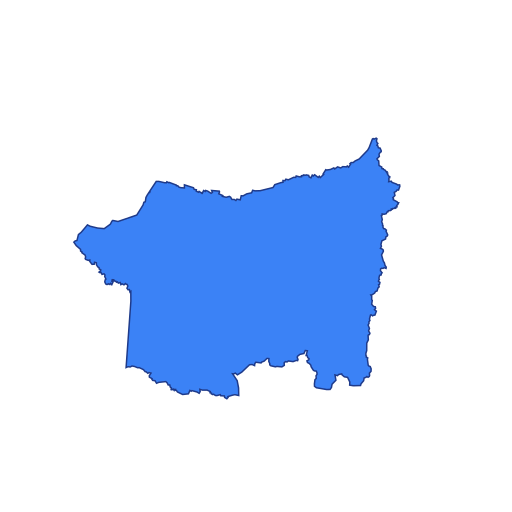 the district of Banphot Phisai, Nakhon Sawan, Thailand, rotated 33°
{"feature_id": "78962969B36758461093431", "entity_name": "Banphot Phisai", "entity_type": "district", "adm_level": 2, "iso_a3": "THA", "parent_name": "Thailand", "parent_adm1": "Nakhon Sawan", "projection": "albers", "projection_center": [100.023, 16.015], "detail": "fine", "context": "isolated", "style": "filled", "palette": "blue", "viewbox_px": 512, "rotation_deg": 33, "n_neighbors": 0, "source": "geoboundaries", "source_scale": "gbopen_adm2", "svg_char_len": 6150}
<svg xmlns="http://www.w3.org/2000/svg" viewBox="0 0 512 512"><g transform="rotate(33 256 256)"><path d="M371.8,195.6L371.3,194.4L369.3,193.6L367.4,191.8L365.6,191.0L360.7,186.7L360.3,182.8L359.5,181.7L358.3,181.4L356.2,181.8L355.9,179.5L354.5,178.3L353.3,174.7L355.4,171.2L354.5,169.3L355.2,167.8L355.0,166.6L351.6,164.4L351.3,163.3L349.1,163.0L348.2,163.5L347.0,162.9L346.0,161.4L345.5,161.5L344.7,160.2L342.7,158.8L342.1,156.7L339.1,153.8L339.5,152.9L338.9,152.0L340.6,151.3L342.1,149.7L342.0,147.4L342.6,147.1L342.3,145.9L343.9,144.8L344.4,143.8L343.9,142.8L344.9,142.5L344.8,141.7L345.8,141.1L346.3,139.6L346.9,140.0L347.2,139.6L346.8,138.7L347.5,137.9L346.5,137.0L346.9,135.5L346.6,133.7L345.9,134.2L345.1,133.7L340.4,134.0L340.0,133.0L339.0,132.6L339.6,129.6L337.3,127.3L338.3,125.5L338.4,123.7L339.6,123.1L338.7,119.2L337.7,118.1L336.0,119.3L334.8,119.1L330.0,120.2L328.7,119.6L326.8,121.4L326.0,119.5L325.4,119.2L325.0,118.1L325.5,117.6L325.0,116.6L324.1,116.8L321.7,115.7L321.3,114.7L320.4,114.9L320.0,114.0L319.3,114.4L317.8,113.7L315.8,113.9L315.3,113.5L314.0,114.1L313.0,112.9L309.9,113.1L307.1,109.4L305.3,109.2L304.5,108.6L305.2,105.3L303.7,103.6L303.7,101.5L304.2,100.4L303.8,99.6L301.3,97.9L299.7,98.6L298.2,97.3L297.1,97.3L296.9,95.2L295.7,95.0L294.3,93.9L293.6,91.8L292.6,91.7L291.3,93.7L290.3,93.7L289.9,94.5L291.8,103.3L292.0,106.4L289.7,118.4L287.3,122.4L286.6,124.7L284.9,125.8L284.5,127.4L285.3,127.5L285.3,131.1L283.5,130.8L283.4,131.9L280.1,133.8L279.1,136.0L275.9,136.8L274.6,140.1L273.3,139.7L271.3,142.9L268.3,145.5L267.5,145.6L267.6,150.7L268.3,150.8L267.2,155.2L265.6,154.6L265.4,156.2L260.9,155.9L260.4,157.7L259.1,157.5L259.5,160.5L257.5,160.7L256.3,159.7L254.0,160.6L253.8,161.1L251.8,162.1L252.1,162.5L250.4,163.9L251.0,164.7L249.4,165.9L246.1,167.0L246.5,168.5L244.8,169.4L241.6,174.5L239.2,175.3L239.3,177.0L237.5,178.0L238.5,179.5L237.0,180.8L232.9,185.9L233.0,189.3L223.9,199.0L219.7,201.9L217.4,202.7L217.9,205.4L214.4,208.9L212.4,212.6L210.8,213.5L212.2,217.5L209.0,218.7L208.9,220.4L207.0,220.4L205.0,221.7L202.7,220.5L201.2,220.5L199.0,223.0L195.3,224.3L195.2,223.4L190.9,224.1L190.5,222.1L189.9,221.6L183.1,225.2L184.8,226.4L184.2,227.9L180.1,227.9L178.0,228.5L178.2,229.5L176.4,229.6L176.8,232.4L176.4,232.3L176.4,232.9L173.1,232.8L173.1,233.8L170.6,234.2L169.9,232.9L167.9,233.8L166.4,232.8L157.2,235.3L158.9,237.9L155.8,239.6L154.1,240.2L152.2,239.7L151.0,240.4L150.6,239.9L143.3,241.5L143.0,242.0L140.8,242.3L141.0,243.3L139.5,244.3L133.8,246.4L131.7,247.8L131.6,259.7L132.1,259.8L132.2,260.8L131.6,261.0L131.6,264.1L131.8,266.8L133.6,270.8L132.7,272.0L133.5,274.7L133.7,286.6L121.5,302.2L116.5,304.2L116.2,305.3L116.5,308.7L113.8,315.7L108.0,318.8L100.6,321.4L97.7,321.7L96.5,331.3L95.4,334.7L97.4,340.5L96.1,341.9L95.7,343.6L99.6,345.2L105.2,346.0L106.2,347.4L107.9,347.4L108.2,348.1L112.1,348.3L113.6,349.5L114.2,351.3L115.0,351.6L117.8,351.0L118.8,349.9L119.6,351.1L123.0,352.3L124.8,351.0L124.0,349.2L125.8,348.6L126.9,350.2L129.2,351.3L130.8,351.3L131.6,352.3L133.3,352.1L133.7,353.0L133.1,355.0L134.2,355.0L134.9,354.2L136.9,355.3L138.2,353.7L139.7,354.2L140.3,355.6L142.7,357.1L142.5,358.2L143.3,360.1L145.2,361.3L146.6,361.1L147.3,359.7L148.4,359.8L149.0,358.1L150.1,358.9L150.7,358.7L150.2,355.3L149.7,355.0L148.9,355.6L148.3,354.2L149.6,353.4L151.5,354.0L152.2,353.5L153.2,354.0L153.8,353.2L155.3,353.7L156.5,352.2L158.3,353.6L158.8,352.3L161.0,352.1L161.5,350.2L162.6,350.4L163.4,350.0L164.9,351.0L165.3,353.3L167.1,354.0L168.1,353.1L170.0,354.9L170.3,353.9L175.7,362.1L207.8,420.3L208.9,418.6L211.0,417.5L211.9,415.8L214.3,414.8L217.5,414.2L219.0,413.2L223.5,412.6L226.1,413.4L226.8,412.9L229.2,413.3L229.7,412.0L231.7,411.4L231.7,414.6L232.6,415.7L235.6,415.5L235.7,416.0L237.1,416.6L239.2,415.6L241.9,416.9L243.3,414.9L248.7,410.5L250.4,410.7L252.6,412.0L253.9,411.1L255.4,412.6L256.8,412.7L257.6,414.3L258.4,414.0L258.9,412.7L260.5,413.3L260.3,412.3L261.3,411.7L261.7,412.4L262.7,412.2L264.2,412.8L269.9,412.1L274.4,408.4L273.8,404.7L275.3,404.7L275.6,403.8L280.6,402.2L283.1,402.1L283.0,400.1L281.5,398.4L284.0,397.7L288.0,395.1L291.5,394.6L291.9,395.7L293.3,395.3L293.6,395.9L295.1,395.8L295.8,395.0L297.9,395.1L299.2,394.4L301.6,391.7L302.5,392.4L305.7,390.6L306.7,391.7L309.3,391.6L309.6,389.7L309.0,389.2L312.0,385.6L313.8,383.8L317.5,382.4L313.2,376.1L308.1,370.8L300.5,367.5L301.5,367.0L302.4,365.5L305.1,365.8L307.3,361.2L309.8,350.7L311.9,349.1L314.5,348.7L313.6,346.9L313.7,345.2L318.5,342.9L318.5,342.0L320.1,339.7L321.0,335.9L322.7,335.0L324.2,337.5L326.1,338.7L326.8,339.8L328.2,340.0L332.6,338.4L333.7,337.2L338.1,334.9L339.3,332.3L337.8,330.3L338.2,328.5L339.7,328.0L340.3,326.4L344.6,324.4L346.7,321.6L347.9,321.1L347.6,319.9L345.9,318.7L345.4,317.6L346.4,314.6L349.3,311.7L348.8,308.4L350.7,307.5L352.2,312.1L352.9,311.6L354.7,313.0L356.5,313.3L356.8,314.3L355.8,316.2L357.2,317.3L359.2,317.1L361.4,317.7L362.6,318.9L366.4,320.6L367.7,320.5L369.2,319.7L370.5,320.5L371.6,321.9L371.6,323.8L373.2,325.9L372.8,327.6L374.6,331.4L376.0,333.4L378.4,333.6L388.0,329.5L390.8,327.6L390.9,325.2L389.6,322.1L390.7,316.7L387.0,312.7L389.5,312.0L389.8,310.4L392.1,308.2L392.8,308.8L395.9,309.2L398.9,307.9L403.3,310.6L404.9,313.3L408.3,311.8L414.2,307.7L413.7,306.0L414.2,302.0L413.1,299.4L414.3,297.9L414.6,296.7L416.0,296.7L416.6,295.4L416.4,294.4L414.9,292.5L415.3,290.1L414.0,287.9L412.0,286.5L410.6,286.8L409.6,286.5L405.8,282.1L405.2,280.6L403.8,280.9L403.1,279.8L402.5,279.8L401.1,277.7L400.4,275.1L396.3,268.7L395.9,265.2L393.3,261.6L393.2,260.9L393.9,260.2L393.6,258.7L391.2,257.5L390.6,255.0L387.6,252.8L387.5,251.0L386.5,249.6L386.7,248.1L385.5,247.1L384.2,243.2L384.5,242.6L386.4,242.7L386.8,241.7L387.9,240.8L387.0,236.7L384.6,236.5L384.8,234.7L383.7,233.6L382.2,234.3L379.3,233.5L377.7,229.9L376.8,229.6L375.0,226.8L373.5,226.1L374.5,225.3L375.7,222.4L375.5,220.8L376.6,219.4L375.7,216.4L376.1,214.8L374.4,213.2L375.0,212.5L374.3,210.6L372.5,210.6L372.1,209.5L372.3,208.6L371.1,207.6L370.2,204.9L371.3,203.7L370.7,202.6L370.9,201.4L368.4,200.6L367.5,198.9L368.1,197.8L369.3,197.2L369.8,196.0L371.8,195.6Z" fill="#3b82f6" stroke="#1e3a8a" stroke-width="1.5"/></g></svg>